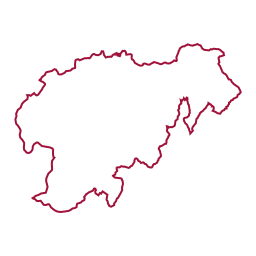 Barzava, Arad, Romania
{"feature_id": "2599482B44440142335620", "entity_name": "Barzava", "entity_type": "district", "adm_level": 2, "iso_a3": "ROU", "parent_name": "Romania", "parent_adm1": "Arad", "projection": "mercator", "projection_center": [22.115, 46.112], "detail": "fine", "context": "isolated", "style": "outline", "palette": "rose", "viewbox_px": 256, "rotation_deg": 0, "n_neighbors": 0, "source": "geoboundaries", "source_scale": "gbopen_adm2", "svg_char_len": 5754}
<svg xmlns="http://www.w3.org/2000/svg" viewBox="0 0 256 256"><path d="M109.2,205.9L111.1,206.7L114.2,205.1L114.1,203.5L115.9,201.4L116.9,198.5L118.0,197.9L121.0,192.5L122.2,190.1L122.0,187.5L122.9,184.4L122.9,183.1L122.5,180.6L121.9,179.9L121.7,178.8L120.9,178.3L114.9,177.6L112.9,175.8L113.1,175.5L115.0,174.7L115.3,174.3L115.5,172.5L117.2,170.9L117.2,170.3L116.8,169.6L116.6,167.9L116.7,167.7L117.9,167.3L119.4,167.4L120.2,167.0L120.6,166.5L121.7,166.2L123.2,166.7L124.5,166.6L128.7,167.9L129.4,167.6L131.1,166.0L131.9,165.8L132.6,164.9L134.5,161.7L134.4,160.4L135.0,159.1L135.3,158.6L136.3,158.4L137.3,159.0L137.9,159.7L138.2,160.7L138.5,161.0L139.7,161.4L141.0,163.0L142.8,162.4L143.7,162.5L144.5,163.8L145.7,164.0L146.2,164.3L148.0,166.7L150.2,167.5L151.8,167.4L152.3,166.8L153.2,164.8L154.1,164.0L154.9,164.1L157.2,162.5L157.7,160.9L158.5,159.9L158.5,158.9L160.9,156.3L160.8,154.5L159.8,150.6L158.8,149.1L158.8,148.0L159.6,147.2L159.9,146.3L161.9,145.8L165.0,143.8L166.0,143.8L166.5,142.5L166.4,140.7L166.7,139.7L168.1,137.5L168.5,136.0L169.1,135.7L169.5,134.7L169.2,133.9L166.9,131.0L167.1,129.6L167.4,128.6L166.9,126.3L168.1,126.6L168.7,127.6L170.3,127.0L172.1,127.2L174.5,125.9L174.9,124.8L175.5,120.7L177.5,119.3L177.8,116.4L179.0,115.0L179.3,113.6L178.9,111.7L178.1,110.2L178.9,109.1L179.3,107.9L179.0,106.7L179.2,105.7L179.9,104.5L181.0,103.8L181.2,103.2L180.9,101.0L181.3,101.5L181.3,100.8L181.9,100.8L182.3,100.2L182.3,99.8L183.4,99.5L183.7,99.2L183.9,98.4L184.8,99.8L185.1,99.2L185.4,99.4L185.4,99.8L185.7,99.7L186.0,98.7L186.5,98.8L186.6,98.4L186.8,98.7L186.8,98.0L187.3,97.9L187.5,99.2L187.2,100.1L188.1,104.1L188.7,104.6L189.6,110.0L189.8,110.2L189.6,111.7L189.8,113.0L189.1,114.0L189.0,115.3L188.7,116.0L186.8,117.5L184.5,117.9L183.9,118.6L183.8,119.6L184.2,120.8L184.2,121.3L185.5,123.5L186.8,124.5L187.4,125.4L187.7,126.7L189.0,128.8L189.3,130.5L190.1,132.1L190.3,133.5L192.9,130.7L192.3,129.7L192.2,128.4L192.8,126.9L195.8,123.2L196.4,119.1L197.8,117.6L198.7,115.6L199.5,114.8L199.9,113.2L200.7,112.7L201.2,111.9L202.5,111.3L204.6,108.9L205.6,108.2L206.7,106.2L208.2,104.4L208.4,103.0L209.8,103.9L209.5,104.2L210.0,104.3L209.9,104.1L211.9,105.6L212.2,105.9L212.1,106.2L212.4,106.1L213.5,106.8L213.7,107.3L213.6,108.1L213.8,108.7L213.4,109.8L212.7,110.8L215.7,112.0L217.5,113.2L220.2,113.7L221.6,111.6L222.7,110.6L224.2,110.1L224.9,108.7L226.6,108.5L226.3,106.8L227.9,106.2L228.2,105.0L229.1,104.0L229.0,102.6L230.1,102.1L231.1,100.4L232.8,100.0L233.4,98.7L235.2,98.0L237.2,96.9L237.7,94.9L239.3,94.0L239.5,93.4L240.4,92.9L240.6,92.3L240.5,91.3L238.5,87.3L233.7,84.0L232.7,82.7L231.7,81.9L231.0,80.0L229.6,79.4L228.7,79.4L226.3,75.0L225.3,74.1L223.8,73.3L222.6,72.2L220.0,66.1L218.4,64.0L218.4,63.5L219.4,62.4L219.1,61.4L219.1,60.6L218.5,58.1L218.6,57.7L219.7,56.4L221.0,56.3L224.0,55.2L223.6,53.9L223.6,52.7L221.6,51.4L220.4,50.1L218.5,49.1L216.5,49.1L213.6,48.7L211.9,49.5L210.9,49.1L209.0,50.4L204.2,49.8L202.2,48.5L200.9,45.8L200.4,45.4L198.8,44.9L197.3,44.0L195.7,44.8L193.3,45.3L192.8,45.7L190.9,45.4L187.6,44.4L187.1,44.9L185.5,45.5L184.6,46.3L183.2,46.3L181.7,47.0L179.9,48.4L179.2,50.4L178.6,51.2L178.4,52.4L176.4,57.2L176.8,60.5L176.4,61.0L176.0,61.1L174.2,60.4L172.5,61.9L169.5,63.5L166.6,63.3L166.0,62.7L165.3,62.5L164.6,62.6L161.7,64.0L160.4,64.2L158.0,63.2L153.9,62.0L153.1,62.7L151.3,63.5L149.8,64.6L147.9,64.6L145.2,63.6L144.1,63.6L143.3,63.8L142.9,65.0L142.0,65.5L140.6,65.7L138.8,65.1L134.9,62.9L133.7,60.5L132.8,59.7L132.1,59.5L131.7,58.4L131.6,57.4L131.8,56.0L131.7,54.8L130.4,54.1L126.3,54.7L125.9,52.3L125.2,51.1L124.5,50.8L123.9,51.1L122.6,50.9L120.3,54.0L120.2,55.7L119.8,56.2L117.3,55.4L117.4,55.0L117.9,54.9L117.6,54.7L118.6,54.7L118.0,54.7L118.1,54.4L117.6,54.3L118.7,54.0L118.8,53.8L118.1,53.7L117.3,54.3L116.6,53.6L116.8,53.2L116.6,53.1L116.4,53.4L115.2,53.6L114.5,54.1L114.6,54.6L113.7,54.4L113.1,54.8L112.5,55.2L112.2,56.0L111.4,56.8L110.5,56.5L109.2,56.9L108.0,56.8L105.8,57.5L104.0,54.9L103.2,51.4L101.7,51.3L100.6,54.0L98.2,55.2L96.0,55.0L94.1,54.0L93.0,54.2L91.7,55.4L90.4,57.5L89.4,58.3L88.1,58.0L86.2,58.3L84.8,58.2L79.7,60.3L78.3,59.2L76.1,59.8L75.6,60.3L75.4,60.8L75.0,64.5L75.2,67.4L75.0,68.0L72.2,68.8L71.4,69.9L70.2,70.6L65.8,71.2L65.0,72.5L64.4,72.9L61.4,74.4L59.2,74.4L58.3,74.0L57.7,72.0L56.4,70.5L56.1,69.7L54.4,69.2L51.8,71.0L46.4,72.2L45.5,73.3L45.0,74.8L41.8,77.2L40.7,79.6L39.7,79.7L39.5,80.2L41.2,81.3L42.9,81.9L44.7,83.4L45.1,84.0L44.6,85.4L42.8,87.6L42.2,89.1L38.4,94.4L37.8,95.0L36.6,95.4L35.3,94.6L34.1,93.1L30.7,95.8L29.1,95.1L27.2,95.2L27.8,96.4L27.4,99.1L24.2,101.5L22.1,103.7L20.6,107.7L17.8,109.9L16.1,113.8L16.5,116.1L15.4,119.3L15.9,122.6L16.3,123.9L17.7,125.4L20.0,128.8L20.6,130.5L20.5,131.7L19.7,134.7L20.3,137.7L22.2,139.7L24.0,142.5L24.2,143.9L23.9,146.8L23.9,148.4L24.3,150.1L25.5,151.2L26.3,152.4L27.5,152.9L29.3,152.9L30.9,151.9L32.4,149.8L32.7,148.2L32.8,146.4L34.0,144.3L36.6,142.5L37.9,142.6L41.9,146.0L49.8,147.4L52.3,148.4L53.1,149.6L53.0,154.2L53.5,157.1L54.4,157.6L52.1,160.8L51.8,164.0L52.1,168.9L51.9,170.1L48.3,173.7L46.4,178.2L46.1,180.8L47.6,186.9L45.8,192.7L41.1,193.5L38.7,194.8L35.4,196.0L34.5,197.0L32.6,198.1L33.0,198.5L35.3,199.3L36.7,200.9L37.9,201.1L40.7,200.8L43.7,204.8L46.0,205.0L48.2,204.1L49.0,204.4L49.9,205.3L50.9,207.3L54.3,210.0L55.8,210.9L57.6,211.6L60.7,212.0L68.3,211.0L70.7,209.9L72.4,208.5L74.7,208.1L76.2,207.3L76.6,207.0L76.7,205.4L77.2,203.7L80.9,202.5L82.2,201.1L84.3,200.1L84.7,198.2L84.2,197.5L84.2,196.8L85.3,195.7L86.0,194.3L86.8,194.0L88.6,192.5L92.8,190.7L94.1,188.5L94.8,188.5L95.4,188.8L95.9,190.3L95.4,190.9L95.2,191.6L95.5,193.3L98.4,195.3L99.9,193.0L101.1,193.7L102.6,191.4L107.4,194.7L106.6,198.9L106.6,199.9L107.6,201.2L108.1,203.9L108.8,204.7L109.2,205.9Z" fill="none" stroke="#9f1239" stroke-width="2"/></svg>